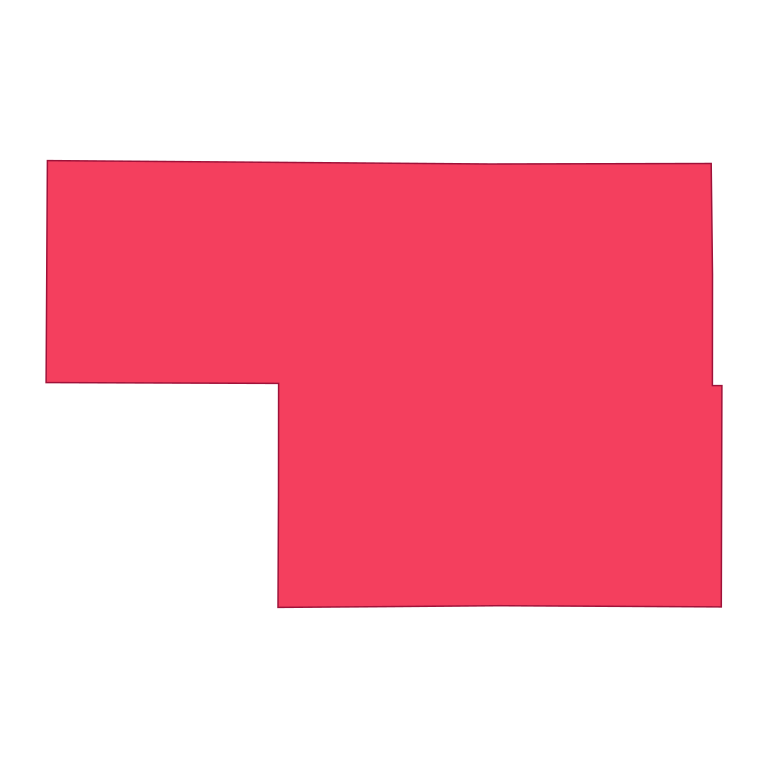 Montcalm, Michigan, United States of America
{"feature_id": "52423323B91024562611381", "entity_name": "Montcalm", "entity_type": "district", "adm_level": 2, "iso_a3": "USA", "parent_name": "United States of America", "parent_adm1": "Michigan", "projection": "orthographic", "projection_center": [-85.151, 43.293], "detail": "fine", "context": "isolated", "style": "filled", "palette": "rose", "viewbox_px": 768, "rotation_deg": 0, "n_neighbors": 0, "source": "geoboundaries", "source_scale": "gbopen_adm2", "svg_char_len": 309}
<svg xmlns="http://www.w3.org/2000/svg" viewBox="0 0 768 768"><path d="M489.7,164.0L47.4,160.6L46.1,382.6L56.1,382.6L278.6,383.4L278.5,495.5L278.0,607.4L388.8,606.6L499.3,605.7L721.3,606.9L721.9,385.6L712.4,385.6L712.5,274.6L711.2,163.5L489.7,164.0Z" fill="#f43f5e" stroke="#9f1239" stroke-width="1.5"/></svg>